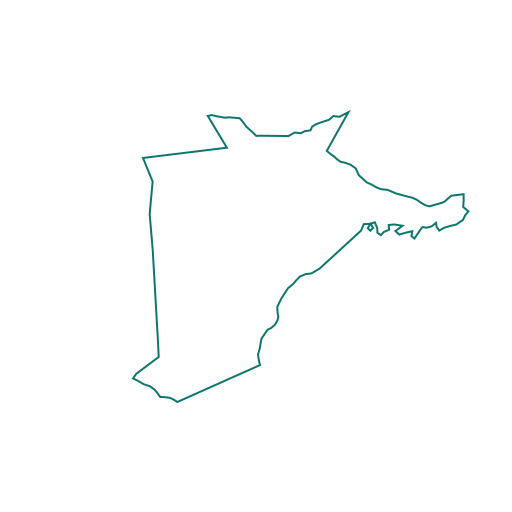 the district of Porto Calvo, Alagoas, Brazil, rotated 305°
{"feature_id": "56859067B31730323010401", "entity_name": "Porto Calvo", "entity_type": "district", "adm_level": 2, "iso_a3": "BRA", "parent_name": "Brazil", "parent_adm1": "Alagoas", "projection": "mercator", "projection_center": [-35.39, -9.034], "detail": "fine", "context": "isolated", "style": "outline", "palette": "teal", "viewbox_px": 512, "rotation_deg": 305, "n_neighbors": 0, "source": "geoboundaries", "source_scale": "gbopen_adm2", "svg_char_len": 1739}
<svg xmlns="http://www.w3.org/2000/svg" viewBox="0 0 512 512"><g transform="rotate(305 256 256)"><path d="M229.3,144.9L201.0,168.5L130.3,224.3L117.5,234.2L90.9,225.5L85.2,225.5L85.9,230.1L86.6,237.7L88.5,243.9L88.4,249.4L87.4,253.1L85.6,258.4L87.8,261.8L90.2,266.3L91.1,270.0L91.3,275.3L168.9,321.8L172.4,318.0L176.5,314.1L182.2,312.2L186.6,310.1L191.4,307.9L197.1,307.8L202.3,307.8L205.7,309.7L210.6,310.9L215.5,310.5L219.1,309.1L221.9,306.2L226.4,302.7L231.7,301.7L236.4,301.1L241.9,300.9L248.0,300.7L254.6,302.5L259.1,302.9L264.2,303.7L269.7,307.1L273.4,311.3L282.1,315.3L337.0,327.5L343.9,326.0L348.0,331.3L351.8,334.0L348.5,339.2L344.7,342.1L344.7,346.3L349.0,346.9L353.8,350.0L357.5,346.9L361.1,351.1L364.8,358.7L356.4,355.9L355.7,361.1L360.8,365.1L365.9,369.8L361.5,371.9L361.2,375.8L365.8,375.7L371.3,375.6L375.1,375.7L377.0,379.5L381.2,383.0L386.4,384.4L383.5,387.3L381.9,391.5L387.0,393.9L392.2,398.0L396.8,402.1L404.2,404.8L409.3,404.0L414.4,404.4L415.0,397.6L420.5,394.3L425.7,390.6L417.4,381.4L408.2,379.1L405.1,376.9L396.0,369.4L394.7,365.5L394.3,360.7L394.3,355.6L393.4,350.5L391.7,346.3L387.6,335.0L385.6,325.8L382.5,320.2L381.2,315.0L380.8,309.7L379.8,304.4L380.5,299.5L381.1,294.0L385.0,287.3L385.0,280.9L383.5,275.5L381.7,271.4L381.7,267.1L382.3,263.2L382.3,258.4L382.7,253.7L426.8,249.2L417.9,244.5L415.0,239.1L409.5,237.7L401.8,231.9L398.1,229.5L394.1,227.8L390.2,228.6L386.4,224.5L382.3,222.3L379.3,216.9L372.9,213.8L357.3,191.0L354.5,187.2L355.3,183.0L356.4,173.8L358.5,167.7L359.5,163.6L354.2,154.5L351.4,151.1L347.9,143.6L346.1,139.0L343.1,136.2L328.0,170.0L271.5,107.2L257.7,128.6L229.3,144.9ZM348.0,331.3L342.9,331.6L342.3,335.2L346.2,335.8L348.0,331.3Z" fill="none" stroke="#0f766e" stroke-width="2"/></g></svg>